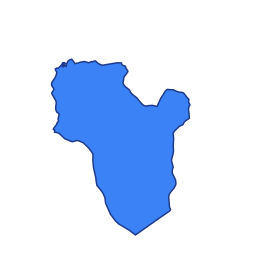 an SVG outline of Córdoba, rotated 323°
{"feature_id": "COL-1316", "entity_name": "Córdoba", "entity_type": "Department", "adm_level": 1, "iso_a3": "COL", "parent_name": "Colombia", "parent_adm1": "", "projection": "robinson", "projection_center": [-75.681, 8.405], "detail": "fine", "context": "isolated", "style": "filled", "palette": "blue", "viewbox_px": 256, "rotation_deg": 323, "n_neighbors": 0, "source": "natural_earth", "source_scale": "10m", "svg_char_len": 2449}
<svg xmlns="http://www.w3.org/2000/svg" viewBox="0 0 256 256"><g transform="rotate(323 128 128)"><path d="M66.8,87.2L68.1,85.9L68.1,85.4L67.5,84.3L68.2,83.6L72.9,82.3L74.7,81.1L76.1,80.9L76.8,80.4L77.2,79.5L77.9,78.4L80.7,76.1L81.4,75.1L80.7,72.1L81.5,69.6L83.0,67.6L85.6,65.0L86.3,63.9L86.8,62.6L87.7,55.4L88.2,54.1L88.6,54.0L90.8,53.1L91.1,52.9L92.1,52.5L92.5,51.5L92.4,49.9L92.6,48.4L92.9,47.6L93.7,46.5L94.5,46.0L95.1,45.6L98.3,44.5L100.7,43.6L102.9,42.2L104.8,40.5L104.9,38.3L105.5,37.1L107.2,37.3L108.1,38.2L110.6,38.0L113.3,37.5L115.2,36.6L115.7,36.9L116.3,37.3L116.7,38.0L116.7,39.1L115.7,38.6L114.5,38.4L113.4,38.7L112.5,39.6L113.1,40.1L113.6,40.3L114.1,40.1L114.7,39.6L115.1,40.1L115.4,40.4L115.6,40.7L115.7,41.4L118.1,39.6L119.5,38.8L121.3,38.4L123.0,38.7L124.5,39.2L124.5,39.4L124.4,44.7L126.4,45.5L127.1,46.0L129.4,46.7L133.5,48.9L134.6,50.6L136.0,52.3L138.9,53.0L139.2,53.8L139.5,54.0L140.1,53.9L141.1,54.1L142.4,54.9L143.0,58.7L145.2,62.4L158.6,69.4L161.9,72.1L161.2,73.8L161.4,74.5L162.9,76.7L163.1,77.3L162.8,77.8L162.5,78.2L162.2,82.5L161.4,83.1L157.5,84.4L156.3,84.5L155.5,84.9L154.4,85.8L152.8,87.5L152.0,88.1L151.3,88.8L150.8,89.7L150.6,93.1L152.1,98.5L151.6,100.8L151.6,102.1L151.8,104.0L153.3,109.6L153.3,113.3L153.7,117.8L154.2,119.3L154.8,120.4L155.6,121.4L158.8,123.0L161.4,124.9L164.2,128.3L172.4,123.8L175.7,122.7L180.0,121.0L181.7,120.8L182.8,120.9L184.3,122.4L187.2,124.8L189.4,128.9L191.1,130.8L192.1,131.6L193.1,132.8L193.5,134.1L193.5,139.0L193.7,140.5L193.9,141.0L193.8,141.7L192.6,143.0L192.2,143.7L191.8,144.5L191.7,145.6L191.2,147.0L189.8,147.5L188.5,148.5L187.2,150.0L185.2,153.6L182.8,157.2L178.6,156.9L177.1,157.0L175.9,157.3L174.7,158.0L173.7,158.4L172.7,158.2L171.3,157.8L169.6,157.6L163.8,158.3L161.8,159.0L160.7,159.5L159.1,162.2L158.1,163.9L153.3,169.6L150.5,173.8L148.3,175.9L144.3,179.0L143.0,180.4L140.5,186.5L138.5,187.9L137.2,189.3L136.2,190.8L134.7,198.1L132.8,201.3L131.4,202.4L128.5,203.7L124.0,204.7L121.2,205.7L119.0,207.5L113.5,216.2L113.2,217.6L113.1,218.4L112.2,219.1L111.3,219.4L103.7,219.0L98.7,218.8L69.6,217.9L67.5,210.5L62.7,198.7L62.1,194.7L62.1,186.3L64.9,174.5L67.7,169.6L68.7,165.4L68.9,163.0L68.7,154.9L70.2,152.0L72.5,148.0L76.6,138.9L80.3,133.0L84.4,127.6L84.6,123.8L84.5,120.0L83.4,112.9L82.2,110.8L81.0,108.6L79.7,107.3L75.5,105.6L74.4,104.3L73.0,101.7L71.1,98.7L69.9,91.6L69.3,89.9L67.2,87.5L66.8,87.2L66.8,87.2Z" fill="#3b82f6" stroke="#1e3a8a" stroke-width="1.5"/></g></svg>